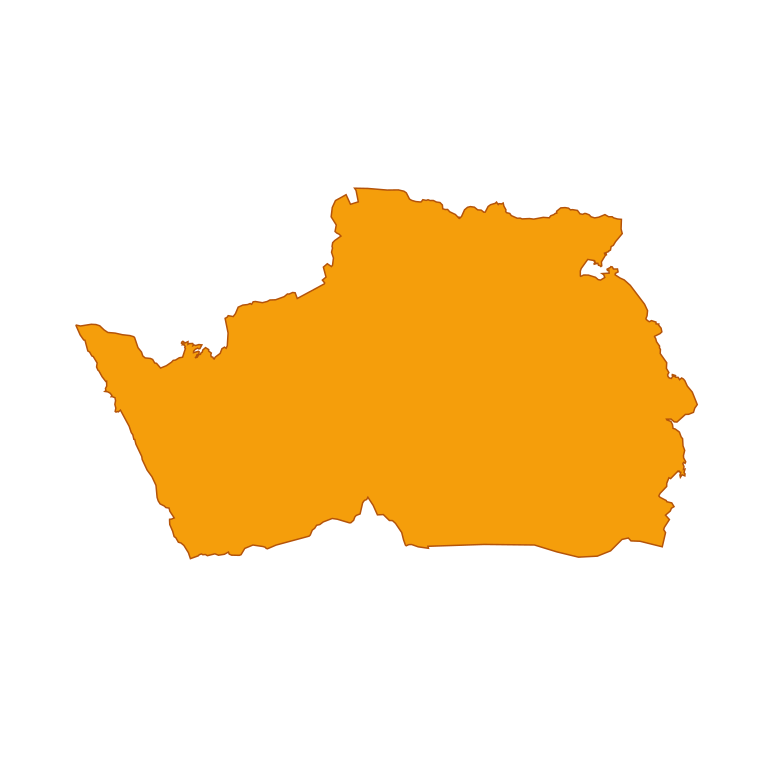 outline of Drajna, Prahova, Romania, rotated 278°
{"feature_id": "2599482B74939876983586", "entity_name": "Drajna", "entity_type": "district", "adm_level": 2, "iso_a3": "ROU", "parent_name": "Romania", "parent_adm1": "Prahova", "projection": "orthographic", "projection_center": [26.088, 45.26], "detail": "fine", "context": "isolated", "style": "filled", "palette": "amber", "viewbox_px": 768, "rotation_deg": 278, "n_neighbors": 0, "source": "geoboundaries", "source_scale": "gbopen_adm2", "svg_char_len": 6153}
<svg xmlns="http://www.w3.org/2000/svg" viewBox="0 0 768 768"><g transform="rotate(278 384 384)"><path d="M399.0,694.4L403.3,695.1L407.2,697.1L418.9,690.4L424.2,684.6L429.1,681.5L430.6,679.8L431.4,677.9L429.4,676.1L431.5,674.4L431.3,671.7L433.0,671.2L433.5,668.2L432.9,668.1L432.4,669.1L432.4,670.8L431.9,670.2L431.8,668.8L429.5,667.8L429.7,665.6L431.0,664.1L432.7,663.6L435.0,664.5L438.7,661.5L444.4,661.0L452.6,653.3L456.8,652.9L458.0,651.8L459.9,651.6L463.8,648.0L466.9,646.7L468.4,645.3L468.9,645.3L472.3,650.3L474.3,651.9L477.9,650.6L480.6,647.7L481.6,647.8L481.4,645.1L483.2,644.7L484.0,640.0L482.7,638.3L482.8,637.4L484.4,634.7L485.3,634.3L488.2,635.0L493.3,634.8L499.3,630.9L516.0,614.1L520.5,607.4L521.8,603.0L524.3,597.7L525.7,597.7L527.6,600.2L530.4,599.2L529.8,595.2L531.7,593.8L531.8,592.3L531.0,592.0L528.7,588.9L527.5,589.5L528.0,590.8L525.1,591.5L523.7,584.6L522.8,586.4L520.2,587.8L517.0,583.9L517.2,581.5L519.1,578.6L520.3,571.2L519.7,566.5L518.4,564.6L518.0,563.7L518.3,563.4L523.2,562.7L525.8,563.2L535.7,568.4L535.5,575.2L535.0,575.7L534.4,575.3L533.6,576.5L532.5,575.3L531.9,575.5L533.3,578.9L531.4,579.9L531.4,581.1L530.5,582.4L531.3,583.2L535.2,582.3L542.2,585.3L542.9,586.3L544.3,585.7L543.5,584.5L544.2,584.1L546.4,588.0L547.1,588.1L548.1,589.6L551.7,589.8L553.2,591.8L557.2,593.5L566.1,599.0L570.5,597.2L580.1,596.2L579.9,592.3L580.5,588.2L581.4,586.7L580.9,583.1L582.5,579.2L579.1,573.5L577.8,569.5L578.4,565.8L580.1,563.6L580.9,560.2L580.8,558.9L579.7,557.2L579.8,554.4L582.8,551.4L582.9,546.3L582.4,544.4L583.8,542.3L583.9,538.8L583.0,534.5L579.1,530.9L577.2,531.3L576.9,530.0L575.4,528.6L573.8,525.7L571.6,524.5L571.2,518.5L568.1,509.3L568.1,505.1L566.7,497.8L567.2,495.9L566.7,492.8L568.5,486.6L570.4,484.8L570.7,481.6L571.7,480.5L573.5,480.5L576.8,478.0L579.8,476.8L578.7,475.4L578.6,472.8L577.6,472.1L579.8,470.1L578.4,469.0L576.4,464.6L574.3,462.4L568.3,460.3L568.0,459.0L569.7,456.1L569.5,452.5L571.7,448.9L571.7,444.8L570.6,442.1L567.7,439.5L560.8,437.5L558.7,435.9L559.6,435.1L558.9,434.8L561.8,431.1L563.7,425.1L565.7,422.7L565.3,420.2L565.7,417.8L569.4,416.9L571.5,414.2L571.5,410.6L572.6,407.3L572.1,404.1L572.6,402.0L571.7,400.2L571.9,396.8L569.7,395.6L569.3,394.7L569.1,390.1L569.7,385.9L570.7,383.5L576.4,379.5L577.7,376.9L578.2,371.2L576.5,360.2L575.4,340.8L573.8,327.6L571.8,329.4L560.8,333.2L557.3,325.8L566.2,320.1L558.9,310.4L551.6,308.2L542.2,308.4L534.8,314.6L528.2,314.3L526.9,316.2L526.1,318.7L524.5,320.8L519.2,315.2L516.8,313.5L513.0,313.4L511.5,314.1L507.2,313.7L501.7,316.4L494.6,316.5L493.0,315.6L495.2,311.1L491.3,307.7L481.8,311.7L478.3,308.5L475.8,311.2L474.8,310.9L456.6,286.2L462.0,283.3L461.9,280.8L459.9,277.6L459.7,275.8L456.6,273.0L452.3,264.9L451.3,259.3L449.5,256.9L447.6,252.3L447.8,245.2L447.2,243.0L444.5,241.8L445.1,240.3L443.7,237.9L442.5,233.2L439.8,228.9L433.0,227.1L429.8,225.3L430.0,220.2L428.2,219.3L426.9,217.5L412.8,222.5L400.1,223.5L397.4,222.7L398.3,220.9L396.4,218.6L391.5,217.5L387.1,213.1L385.2,212.4L385.4,211.6L386.7,210.8L387.0,209.1L388.8,208.4L390.6,208.7L392.2,205.8L393.7,205.6L395.2,202.2L392.6,199.9L390.3,199.6L389.4,198.5L387.8,198.1L387.4,196.5L384.5,195.3L383.6,193.2L385.2,194.5L386.6,194.5L388.0,196.6L390.3,196.4L390.6,195.7L388.5,191.0L390.1,190.9L392.1,192.3L393.6,194.5L393.0,195.8L393.4,196.8L397.4,198.2L397.3,195.2L395.9,192.1L396.2,190.6L395.4,189.5L396.4,189.7L397.5,188.9L396.9,185.4L396.0,184.3L398.7,184.0L397.0,181.3L398.3,178.9L397.5,178.0L396.3,177.7L395.8,178.3L396.1,179.2L394.8,178.9L395.4,180.5L394.6,180.6L393.6,182.0L392.2,181.6L391.5,182.4L382.5,180.8L381.5,177.6L378.6,174.1L378.1,172.0L376.0,170.5L371.8,165.9L368.7,160.5L372.8,155.9L372.9,154.0L376.1,151.5L376.8,149.2L376.6,143.8L378.3,141.2L381.9,139.4L385.8,135.3L395.2,130.6L396.0,129.6L396.6,125.7L396.4,118.1L397.0,110.6L396.6,103.4L398.6,99.3L402.1,94.4L402.8,90.5L402.4,85.8L399.2,75.4L399.5,71.1L399.0,70.9L390.3,76.3L385.8,80.5L385.7,81.8L375.5,86.1L374.7,88.0L371.1,90.8L370.7,92.3L364.9,97.0L360.8,97.0L357.9,98.8L357.2,99.9L351.9,103.9L347.7,108.2L348.1,108.9L343.3,109.7L340.8,108.8L338.8,109.5L337.8,108.6L337.8,111.4L336.9,113.9L334.9,116.1L333.5,115.6L333.7,116.5L333.0,119.5L330.1,120.5L326.4,120.3L322.8,121.8L319.4,121.6L318.9,122.5L319.6,123.9L319.4,124.8L321.5,126.6L306.7,137.5L300.7,140.5L298.8,142.3L294.4,144.0L294.4,144.9L289.9,146.7L278.5,154.2L275.5,155.1L265.8,161.4L259.9,167.1L251.9,172.3L240.1,175.1L236.8,176.7L234.1,179.0L232.6,183.4L231.3,185.2L231.2,188.4L228.1,189.7L222.2,194.9L220.6,192.3L220.2,190.5L219.2,190.6L215.0,191.4L208.8,195.2L203.7,197.4L202.8,199.2L198.7,202.4L198.3,205.1L196.3,208.3L189.7,213.8L184.1,216.6L188.0,224.0L189.3,224.9L190.3,226.9L189.7,228.4L190.3,230.8L189.4,233.0L192.3,240.2L191.4,243.9L193.2,249.7L195.9,253.3L194.0,254.4L193.3,256.9L194.2,264.6L195.1,266.2L201.8,269.0L206.3,276.6L206.2,286.9L205.8,289.1L204.8,290.2L204.6,291.5L209.5,299.6L222.9,331.0L224.2,332.0L229.3,333.3L231.4,335.4L234.7,336.9L235.9,340.0L239.0,343.1L243.6,351.4L243.6,356.6L241.7,369.0L242.0,370.5L244.8,372.9L248.2,373.6L250.0,374.8L252.0,378.4L263.4,379.4L266.0,380.8L267.2,382.9L269.6,383.8L262.3,390.2L253.5,395.7L254.6,401.5L249.6,408.3L249.9,411.4L247.6,414.8L239.4,422.2L232.5,425.0L227.5,427.6L226.9,428.5L228.4,430.9L228.9,433.7L227.5,440.5L227.5,450.9L229.4,450.1L239.1,505.6L245.5,555.4L241.8,578.6L239.6,600.7L243.2,619.2L250.3,631.6L263.2,641.3L265.5,647.4L263.0,650.4L263.9,659.4L261.5,682.2L276.0,683.5L278.8,681.2L281.1,681.6L289.5,685.5L293.3,681.0L298.1,685.2L300.9,685.9L302.9,688.3L306.3,685.5L306.8,680.5L307.9,679.7L310.2,673.2L311.4,671.7L314.1,672.6L321.9,678.2L325.0,677.8L330.8,679.2L330.2,681.0L338.6,687.2L338.2,687.5L338.8,688.4L338.0,688.9L337.9,690.2L335.0,689.7L332.9,690.5L335.6,691.8L334.9,694.7L336.9,694.6L338.1,693.4L341.6,693.9L341.0,692.4L343.9,692.6L346.7,691.0L348.1,691.6L347.4,693.2L348.9,693.6L352.5,691.0L354.8,690.5L360.1,691.0L364.4,688.7L371.4,687.3L373.0,685.6L377.5,683.2L379.9,678.8L380.3,676.4L384.0,675.3L386.9,673.3L387.8,669.1L388.5,668.6L389.2,673.2L386.9,676.7L387.1,679.4L395.8,686.7L396.4,689.9L399.0,694.4Z" fill="#f59e0b" stroke="#b45309" stroke-width="1.5"/></g></svg>